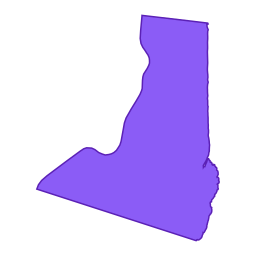 Ulimang, Ngaraard, Palau (Equal Earth projection)
{"feature_id": "81905179B13988178862867", "entity_name": "Ulimang", "entity_type": "district", "adm_level": 2, "iso_a3": "PLW", "parent_name": "Palau", "parent_adm1": "Ngaraard", "projection": "equal_earth", "projection_center": [134.641, 7.614], "detail": "fine", "context": "isolated", "style": "filled", "palette": "violet", "viewbox_px": 256, "rotation_deg": 0, "n_neighbors": 0, "source": "geoboundaries", "source_scale": "gbopen_adm2", "svg_char_len": 3389}
<svg xmlns="http://www.w3.org/2000/svg" viewBox="0 0 256 256"><path d="M191.9,21.2L142.0,15.4L142.0,16.0L140.7,30.1L140.2,38.5L141.0,43.5L142.8,47.3L145.0,50.4L146.7,53.1L147.9,54.8L149.2,57.8L149.5,60.3L149.5,63.2L148.7,65.5L147.2,68.5L143.7,74.0L142.9,76.8L142.5,80.2L142.2,88.5L141.6,90.6L140.0,94.4L136.4,100.6L131.1,109.2L126.1,118.0L124.4,123.0L123.1,130.3L121.1,141.3L119.9,145.0L118.4,147.4L116.5,150.3L114.0,152.5L111.5,153.8L108.9,154.5L105.2,155.0L102.2,154.0L98.8,152.6L94.9,149.6L91.7,148.1L86.6,147.8L83.7,148.8L80.4,151.0L67.7,160.3L47.0,175.8L41.6,180.5L38.5,184.7L36.8,189.1L196.0,240.6L196.3,240.6L196.5,240.5L196.6,240.1L196.8,239.8L197.1,239.9L197.3,239.7L197.6,239.6L198.1,239.9L198.9,239.9L199.3,239.5L199.7,239.3L200.1,239.0L200.5,238.7L200.9,238.3L201.2,237.9L201.5,237.7L201.7,237.3L201.9,236.8L202.1,236.2L202.2,235.6L202.4,235.0L202.6,234.7L202.9,234.1L203.1,232.8L203.3,233.0L203.7,232.7L204.1,232.4L204.6,231.6L205.1,230.7L205.5,229.8L206.0,229.1L206.5,228.1L206.7,227.6L206.7,227.1L206.7,226.5L206.9,226.2L206.8,225.8L206.9,224.9L207.1,224.7L207.3,223.8L207.4,223.2L207.6,222.5L207.8,221.9L207.9,221.2L208.2,220.5L208.4,219.9L208.5,219.4L208.6,218.9L208.7,218.3L208.8,217.7L208.9,217.1L208.9,216.5L209.0,216.1L209.3,215.6L209.7,215.2L209.9,214.7L210.1,214.2L210.3,214.2L210.8,213.8L211.1,213.1L211.5,212.5L211.7,211.7L211.8,210.5L211.8,209.7L211.6,208.5L211.5,208.0L211.6,207.7L211.4,207.7L211.1,207.0L210.8,206.8L210.6,206.5L210.4,205.9L210.4,204.7L210.3,204.0L210.1,203.6L210.1,202.9L210.3,202.8L210.5,202.1L211.0,202.1L211.3,201.6L211.5,201.6L211.5,201.3L211.6,200.8L211.7,199.8L213.1,198.4L213.8,197.1L214.4,196.6L214.6,196.5L214.6,195.0L214.8,194.9L214.8,194.2L215.3,194.0L216.1,193.0L216.5,192.1L216.9,191.2L217.0,190.2L217.5,189.6L217.9,189.6L218.2,189.0L218.2,188.4L217.9,187.8L217.9,186.8L217.9,185.8L217.9,185.1L217.6,184.6L217.2,184.2L217.7,183.6L217.9,183.7L218.6,183.4L218.8,182.9L219.2,182.0L219.0,181.4L218.9,180.7L218.5,180.2L218.9,179.2L218.7,178.2L218.3,177.7L217.8,177.2L217.1,177.4L217.0,176.7L217.3,176.4L218.2,174.3L218.1,173.5L218.1,172.6L217.8,171.1L216.7,170.1L216.8,168.1L216.4,167.5L215.7,167.3L215.5,166.6L215.0,166.3L214.6,164.7L213.4,164.4L213.4,165.1L212.4,165.0L212.0,164.2L211.8,163.0L211.4,162.3L210.3,162.3L210.0,160.6L209.4,160.5L208.6,158.7L207.6,158.6L206.9,161.2L206.6,162.3L205.9,163.7L204.8,166.7L203.8,166.5L203.4,167.2L203.3,165.4L204.7,163.1L206.1,160.7L207.1,158.5L207.4,157.3L208.4,155.5L208.7,154.2L208.8,152.8L209.2,151.6L209.3,150.7L209.3,149.4L209.4,147.1L209.6,145.0L209.3,143.2L209.2,141.3L209.0,139.7L208.7,137.9L208.3,136.2L208.2,135.0L208.5,132.9L208.5,130.1L208.2,128.1L208.3,125.0L208.1,122.9L208.1,120.6L208.1,117.8L207.9,114.9L207.9,113.0L207.7,111.1L207.9,109.1L207.9,108.2L208.1,106.6L207.7,105.3L207.7,103.7L207.7,100.6L207.4,98.4L207.8,95.7L207.6,93.8L207.5,91.9L207.5,89.8L207.4,87.9L207.5,85.9L207.7,83.8L208.1,82.8L208.1,81.8L207.7,80.6L207.6,79.3L207.9,77.3L207.8,74.7L207.6,72.9L207.4,70.1L207.4,68.3L207.5,66.4L207.7,63.0L207.6,59.4L207.5,55.3L207.4,51.9L207.6,48.4L207.6,46.4L207.5,42.3L207.7,38.9L207.7,36.5L207.6,33.9L207.7,31.4L207.8,30.8L208.1,30.2L208.1,29.3L207.7,28.7L207.5,28.0L207.1,26.8L207.0,26.1L207.0,25.5L207.0,24.8L206.8,24.2L207.0,23.7L207.3,23.6L207.5,23.9L207.8,24.1L208.1,24.0L207.9,23.5L207.7,23.1L191.9,21.2Z" fill="#8b5cf6" stroke="#5b21b6" stroke-width="1.5"/></svg>